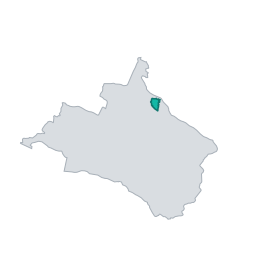 Mushie, Bandundu, Democratic Republic of the Congo shown in context, rotated 114°
{"feature_id": "63176286B59505490488503", "entity_name": "Mushie", "entity_type": "district", "adm_level": 2, "iso_a3": "COD", "parent_name": "Democratic Republic of the Congo", "parent_adm1": "Bandundu", "projection": "equal_earth", "projection_center": [17.182, -2.524], "detail": "fine", "context": "in_parent", "style": "filled", "palette": "teal", "viewbox_px": 256, "rotation_deg": 114, "n_neighbors": 0, "source": "geoboundaries", "source_scale": "gbopen_adm2", "svg_char_len": 5597}
<svg xmlns="http://www.w3.org/2000/svg" viewBox="0 0 256 256"><g transform="rotate(114 128 128)"><path d="M193.5,168.8L179.9,171.7L180.2,172.7L180.0,173.8L179.7,174.6L178.3,176.9L176.2,179.0L176.2,179.4L177.2,181.7L177.8,184.9L177.6,190.4L177.8,191.9L177.8,193.1L177.1,194.4L175.6,201.0L176.5,204.3L179.1,207.3L180.6,209.5L183.2,210.3L183.7,210.2L183.9,208.3L186.0,207.6L185.8,219.4L185.6,220.1L185.2,220.2L184.7,219.9L184.6,218.7L184.0,218.3L181.5,219.7L180.8,219.7L180.1,219.4L179.6,218.8L179.5,217.9L177.7,214.5L176.8,214.2L175.9,211.1L171.9,208.9L170.4,208.7L169.6,208.0L168.8,205.5L167.5,204.0L167.2,202.2L166.9,202.0L166.1,202.3L165.4,205.1L164.4,205.8L162.8,205.8L158.7,205.0L155.7,203.6L155.0,203.7L153.8,202.4L153.3,200.3L153.6,198.6L153.4,198.4L148.9,199.8L147.8,200.6L146.8,200.4L146.5,200.0L146.9,198.8L146.7,197.6L146.4,197.0L145.0,196.6L144.6,195.3L143.8,195.1L143.6,195.3L143.3,196.2L142.9,196.5L140.2,196.0L137.3,197.2L133.6,196.9L131.8,198.3L131.6,198.2L131.2,197.5L130.8,195.3L131.0,194.7L131.6,194.2L131.8,193.3L131.6,191.0L131.8,190.4L131.6,189.1L131.0,186.9L130.2,185.2L128.6,182.6L128.3,181.3L128.4,178.4L129.0,173.7L128.9,170.3L128.2,168.0L128.1,165.6L128.6,161.3L128.1,160.2L119.6,159.8L119.2,159.5L119.0,158.9L119.4,156.3L114.2,157.0L112.6,157.5L111.7,158.5L111.4,159.9L111.3,161.8L110.5,163.6L110.3,166.6L108.9,167.0L107.4,167.0L104.6,166.3L101.9,167.2L100.6,168.0L99.9,167.6L97.5,167.9L97.1,167.7L94.4,161.6L93.1,159.6L92.9,158.7L93.0,157.7L92.6,156.5L91.4,153.4L91.1,151.9L91.2,149.7L91.0,148.9L89.8,146.9L89.1,146.3L88.2,146.0L74.2,146.2L69.6,145.9L66.2,146.1L64.5,146.0L64.0,145.7L62.5,146.1L61.7,146.9L60.5,147.3L59.7,147.1L58.3,144.9L60.2,144.5L60.4,144.3L60.5,138.9L60.0,138.1L61.0,137.2L62.7,134.8L64.4,134.0L64.6,133.5L65.0,133.5L65.6,134.5L67.0,135.8L68.8,134.7L69.0,134.4L69.2,132.1L69.7,131.9L70.4,132.4L70.9,132.4L71.6,131.7L73.9,130.5L74.6,132.0L74.0,133.4L74.2,134.3L74.3,135.8L74.7,136.1L76.5,136.3L77.0,135.9L80.6,130.6L81.5,130.0L83.0,127.9L85.0,126.9L85.8,125.3L87.0,122.3L87.5,118.0L87.3,110.6L87.5,109.6L89.9,106.3L92.3,100.2L94.0,98.6L95.3,98.0L97.2,95.8L98.7,93.5L98.5,90.9L98.9,88.6L99.7,85.8L100.0,82.8L99.7,79.7L99.8,77.1L101.0,73.0L101.1,68.3L102.1,64.3L104.1,59.3L105.1,55.5L104.9,51.8L105.2,49.1L105.1,47.5L104.7,46.1L104.9,45.3L105.7,44.9L106.6,43.5L108.4,39.9L110.2,38.1L111.5,37.6L112.9,37.6L113.7,37.9L115.2,39.4L116.8,40.5L118.0,41.9L119.3,44.1L122.2,44.6L123.4,45.4L124.2,45.7L124.5,45.5L125.0,45.6L126.4,46.3L127.5,45.9L132.9,47.3L133.5,46.6L135.0,42.8L136.1,41.5L138.0,41.4L139.4,42.1L140.2,42.1L146.7,38.9L147.6,38.7L150.0,39.5L151.6,39.0L152.2,39.1L153.5,38.6L154.6,36.3L155.5,35.8L165.0,38.2L166.5,37.0L167.2,36.9L169.3,37.7L169.9,39.1L171.2,40.3L172.1,42.3L173.5,43.4L174.3,44.5L175.1,45.2L176.8,45.5L179.0,43.7L180.6,43.9L182.1,44.9L182.6,44.8L183.8,43.8L184.4,42.6L185.0,42.4L185.9,42.9L186.7,43.9L187.4,45.5L189.8,48.9L192.1,50.3L192.6,52.4L193.5,52.2L193.9,52.4L194.5,53.7L194.9,54.0L195.0,54.5L194.4,55.7L193.9,58.1L194.6,59.6L194.0,61.7L193.7,63.9L194.5,64.4L195.4,64.4L196.3,65.6L197.0,65.7L197.7,67.0L197.6,68.0L195.3,71.5L191.9,75.9L190.8,76.4L190.2,77.2L189.8,78.5L188.8,79.6L188.0,80.0L188.0,83.2L186.8,86.5L186.4,87.2L185.8,92.5L185.9,93.4L185.2,97.8L185.3,101.8L183.7,103.1L182.5,105.1L182.0,106.5L182.1,109.8L180.2,111.8L180.0,112.3L180.5,114.6L181.2,115.0L181.2,115.8L182.7,118.3L182.6,125.9L182.7,126.7L183.4,128.5L183.9,132.0L183.3,136.4L185.4,144.6L184.4,147.5L184.8,150.4L186.0,153.3L188.9,156.3L189.7,157.5L190.4,159.1L191.0,161.6L193.5,168.8Z" fill="#d9dde1" stroke="#a8b0b8" stroke-width="1"/><path d="M91.1,117.9L91.2,118.0L91.3,118.0L91.5,118.0L91.8,118.1L92.0,118.2L92.3,118.1L92.5,118.0L92.8,117.9L93.0,117.9L93.3,117.7L93.5,117.7L93.8,117.6L94.0,117.5L94.3,117.6L94.5,117.9L94.8,117.8L94.9,117.7L95.1,117.8L95.3,117.6L95.5,117.2L95.7,116.9L95.7,116.7L95.8,116.6L96.0,116.5L96.1,116.4L96.3,116.3L96.5,116.2L96.8,116.1L97.0,116.0L97.1,115.9L97.4,115.9L97.5,115.8L97.6,115.6L97.7,115.4L97.7,115.2L97.6,114.9L97.6,114.7L97.8,114.7L98.0,114.7L98.3,114.6L98.4,114.4L98.5,114.3L98.5,114.2L98.6,113.6L98.8,113.0L98.8,112.9L98.9,112.7L99.0,112.7L99.1,112.4L99.1,112.2L99.3,112.0L99.3,111.9L99.5,111.8L99.5,111.6L99.5,111.4L99.5,111.2L99.7,110.8L99.8,110.6L99.8,110.4L99.8,110.2L99.8,109.9L99.9,109.6L99.8,109.3L99.8,109.1L100.0,108.9L100.0,108.6L100.2,108.4L100.2,108.2L100.2,107.9L99.9,107.9L99.7,107.9L99.6,108.0L99.4,108.0L99.2,108.1L98.9,108.3L98.7,108.3L98.4,108.4L98.3,108.5L98.2,108.5L97.8,108.6L97.6,108.6L97.4,108.6L97.1,108.7L96.9,108.8L96.7,108.8L96.3,108.7L96.2,108.8L95.9,108.9L95.9,109.0L95.7,109.0L95.4,109.1L95.4,109.3L95.2,109.4L95.2,109.5L95.0,109.8L94.9,109.8L94.7,109.7L94.4,109.4L94.2,109.3L94.0,109.5L93.9,109.7L93.8,109.8L93.7,109.9L93.6,110.0L93.4,110.1L93.2,110.2L93.1,110.3L92.9,110.4L92.8,110.5L92.7,110.6L92.4,110.5L92.3,110.4L92.2,110.4L92.2,110.2L92.0,109.9L91.9,109.8L91.7,109.7L91.4,109.7L91.2,109.7L91.1,109.8L90.9,109.9L90.9,110.0L90.8,110.3L90.9,110.5L90.7,110.8L90.7,111.0L90.4,111.1L90.2,111.0L90.1,110.9L89.9,110.8L89.8,110.7L89.7,110.6L89.6,110.4L89.4,110.2L89.2,110.1L89.1,110.3L89.2,110.5L89.2,110.8L89.3,111.0L89.3,111.3L89.2,111.5L89.1,111.9L89.2,112.1L89.3,112.2L89.5,112.2L89.8,112.0L89.8,112.4L89.8,112.5L89.7,112.7L89.7,112.8L89.7,113.0L89.8,113.1L89.9,113.3L90.0,113.5L89.9,113.7L89.8,113.8L89.8,114.0L89.7,114.0L89.5,114.3L89.8,114.5L90.1,114.8L90.3,115.1L90.4,115.3L90.5,115.5L90.5,115.8L90.6,116.2L90.7,116.3L90.7,116.5L90.8,116.6L91.0,116.8L91.1,117.0L91.1,117.3L91.1,117.5L91.1,117.8L91.1,117.9Z" fill="#14b8a6" stroke="#0f766e" stroke-width="1.5"/></g></svg>